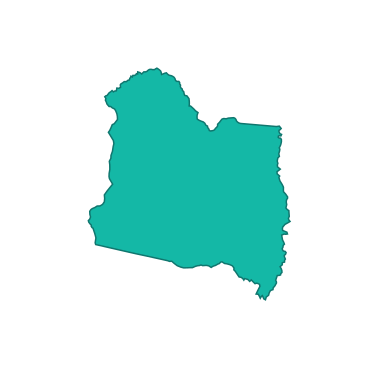 Orizona, Goiás, Brazil (Natural Earth projection), rotated 327°
{"feature_id": "56859067B5480941556664", "entity_name": "Orizona", "entity_type": "district", "adm_level": 2, "iso_a3": "BRA", "parent_name": "Brazil", "parent_adm1": "Goiás", "projection": "natural_earth1", "projection_center": [-48.158, -17.021], "detail": "fine", "context": "isolated", "style": "filled", "palette": "teal", "viewbox_px": 384, "rotation_deg": 327, "n_neighbors": 0, "source": "geoboundaries", "source_scale": "gbopen_adm2", "svg_char_len": 4148}
<svg xmlns="http://www.w3.org/2000/svg" viewBox="0 0 384 384"><g transform="rotate(327 192 192)"><path d="M301.1,184.3L298.5,183.1L270.1,161.0L269.1,159.9L268.3,158.3L268.0,156.7L268.4,155.0L268.1,153.3L267.3,152.3L264.0,150.5L262.7,149.8L260.5,149.2L258.7,147.7L256.9,147.2L255.3,147.7L253.1,148.5L250.4,149.1L249.4,150.6L247.8,151.2L246.2,151.4L244.9,152.1L243.3,152.0L240.9,151.0L240.0,149.9L240.4,148.5L240.3,146.4L240.9,145.1L240.0,143.6L240.2,141.2L239.6,139.3L237.9,137.1L236.7,135.1L236.1,133.7L236.8,132.3L237.9,130.6L239.2,129.5L240.3,128.7L239.1,125.7L238.9,124.1L238.4,122.0L237.6,119.1L236.5,118.3L237.8,116.6L239.1,114.5L240.3,112.1L240.1,108.6L238.5,107.0L238.8,105.6L239.7,103.3L239.3,101.6L239.9,100.3L239.4,98.7L239.6,97.3L240.6,96.1L240.5,94.7L241.3,93.4L241.2,92.1L239.4,90.9L239.0,89.4L239.5,87.5L239.4,85.9L238.8,84.5L238.1,83.3L237.1,82.3L236.2,81.3L235.7,79.8L235.4,78.1L233.7,77.5L232.3,77.3L230.5,76.9L231.1,75.5L231.6,73.6L231.2,71.9L230.7,70.5L230.0,69.0L228.6,68.9L227.1,68.9L225.7,68.0L224.5,66.8L223.0,66.0L221.3,66.0L219.9,66.3L218.3,65.9L217.1,65.0L215.7,65.3L214.1,65.6L213.3,63.4L211.9,61.7L210.7,63.4L209.8,62.5L208.8,63.1L207.2,62.9L205.9,62.0L204.7,63.0L203.9,61.6L203.0,62.4L201.7,62.8L200.5,63.9L199.0,63.4L197.0,63.7L195.3,62.5L193.2,62.7L191.3,62.6L190.2,63.1L189.1,65.3L187.1,65.2L185.6,63.9L183.7,65.9L181.9,65.2L180.6,65.2L180.2,63.4L178.1,63.7L176.8,63.6L175.0,64.2L173.3,64.8L172.0,64.4L170.7,64.6L170.7,66.7L169.4,67.8L169.1,70.0L168.6,71.9L169.0,75.1L170.4,76.1L171.0,78.1L172.3,80.2L172.2,82.5L171.6,85.5L170.6,87.9L169.0,90.6L164.0,92.4L161.8,92.1L159.2,93.9L156.5,95.6L154.4,96.4L154.1,106.0L152.8,108.9L150.7,110.9L147.4,114.6L144.0,117.2L142.3,119.6L139.4,121.2L137.9,124.3L136.6,126.4L135.4,128.3L132.7,131.2L130.8,133.9L130.0,135.9L129.7,142.2L121.7,144.8L116.9,146.7L115.2,149.9L113.1,152.5L110.2,153.7L107.3,153.6L104.8,152.1L102.1,152.1L99.3,151.6L97.7,151.7L95.7,152.5L94.2,155.1L93.3,157.7L91.4,159.1L89.5,159.5L89.0,161.0L89.1,163.1L89.5,164.9L88.8,165.9L88.8,167.4L89.3,168.6L88.9,169.8L88.0,173.3L87.3,175.6L86.4,178.2L84.6,180.2L83.1,181.9L82.6,183.6L107.7,209.5L111.5,213.4L118.2,220.1L130.7,232.8L134.2,236.4L135.4,238.0L137.3,239.0L138.2,242.2L139.5,245.8L141.7,248.9L143.7,251.1L146.8,253.0L149.2,254.4L151.2,255.7L154.4,256.2L156.6,256.9L158.1,257.7L159.8,258.1L160.9,259.6L164.0,261.3L165.8,263.0L167.0,265.7L168.3,265.7L169.7,265.8L171.8,266.4L174.3,266.5L176.0,266.9L177.8,266.4L179.2,267.0L180.3,269.6L182.2,271.3L184.3,273.7L185.7,276.0L185.8,278.6L184.7,280.1L185.1,282.0L185.2,288.9L186.8,290.4L187.5,292.5L187.5,294.1L189.0,293.3L191.2,295.7L191.7,298.4L193.8,298.0L194.9,303.2L196.6,303.7L197.7,305.0L198.3,306.3L197.6,308.1L195.7,309.2L193.3,310.6L190.2,312.5L191.9,313.9L191.7,316.5L191.4,318.3L193.4,317.3L194.6,317.2L194.0,320.8L194.9,322.4L197.1,320.5L200.0,320.3L201.7,318.7L203.8,317.5L205.0,317.5L206.7,318.0L207.9,316.6L210.3,315.9L213.3,314.3L213.9,313.2L214.1,311.6L215.6,310.4L218.0,308.5L219.7,309.4L221.1,309.8L222.0,308.8L223.6,308.5L224.5,307.0L225.0,305.2L225.2,302.6L228.1,302.2L229.0,300.6L230.1,300.7L231.4,301.2L232.6,299.6L233.8,299.1L234.2,296.6L234.9,295.4L236.5,295.2L237.9,294.1L237.8,292.6L236.5,291.3L236.4,289.8L236.9,288.5L238.0,288.0L239.5,286.4L241.1,286.1L241.6,283.8L241.8,281.6L243.7,277.0L246.3,277.4L247.6,278.5L249.2,279.2L249.7,277.4L247.1,273.6L247.9,271.9L249.0,270.8L252.3,269.8L256.8,270.1L258.2,270.1L258.0,268.1L258.5,266.6L260.3,265.4L261.6,263.0L263.1,260.3L262.3,258.6L262.1,256.5L264.6,254.1L265.4,252.1L266.2,250.9L267.4,249.8L268.6,249.4L269.5,248.2L269.4,244.6L268.9,241.7L269.5,240.5L271.3,237.8L271.5,236.6L271.7,234.6L271.8,230.5L272.8,227.1L274.2,226.4L273.3,223.2L274.3,221.3L277.0,221.1L278.5,220.9L277.9,219.0L277.4,217.6L278.3,215.8L279.6,214.8L280.3,212.5L282.5,210.2L284.7,209.7L285.6,207.2L287.8,205.3L289.0,203.9L289.2,202.5L290.6,201.7L292.0,200.8L293.3,199.6L294.4,198.5L295.6,196.6L295.6,195.1L294.5,194.3L294.1,193.0L295.0,192.1L296.0,192.5L297.1,193.4L298.5,192.5L297.5,191.0L297.8,188.7L298.6,187.7L300.1,187.7L301.4,187.3L301.1,184.3Z" fill="#14b8a6" stroke="#0f766e" stroke-width="1.5"/></g></svg>